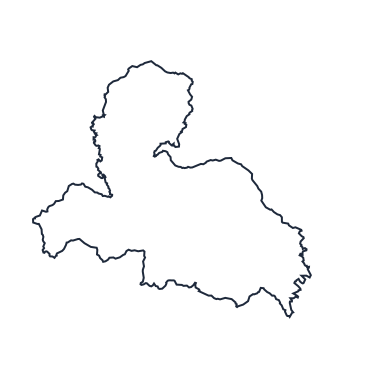 outline of Rosário do Sul, Rio Grande do Sul, Brazil, rotated 200°
{"feature_id": "56859067B54668375607897", "entity_name": "Rosário do Sul", "entity_type": "district", "adm_level": 2, "iso_a3": "BRA", "parent_name": "Brazil", "parent_adm1": "Rio Grande do Sul", "projection": "mercator", "projection_center": [-55.098, -30.378], "detail": "fine", "context": "isolated", "style": "outline", "palette": "slate", "viewbox_px": 384, "rotation_deg": 200, "n_neighbors": 0, "source": "geoboundaries", "source_scale": "gbopen_adm2", "svg_char_len": 6013}
<svg xmlns="http://www.w3.org/2000/svg" viewBox="0 0 384 384"><g transform="rotate(200 192 192)"><path d="M56.0,144.7L55.7,148.6L60.4,150.8L55.9,152.5L52.2,151.9L51.9,154.5L56.9,159.1L57.0,160.2L56.3,160.8L56.5,161.7L58.2,160.8L58.9,161.9L60.1,161.5L61.4,162.2L62.1,163.2L64.4,164.5L63.6,165.8L65.0,168.3L67.0,169.2L69.2,169.3L69.0,171.0L66.7,171.0L67.5,172.9L67.3,174.3L64.6,176.3L64.8,177.4L66.7,177.9L68.4,176.4L69.3,177.9L71.1,178.5L70.9,179.6L72.7,180.4L73.0,182.7L71.2,186.8L71.8,187.7L73.8,188.0L77.4,189.7L77.3,191.8L75.8,193.1L76.4,193.8L82.7,194.2L84.9,192.7L89.5,193.8L90.8,195.2L96.3,194.2L97.3,194.7L98.9,199.0L101.3,200.4L104.1,200.2L108.2,201.2L111.3,202.8L112.4,202.1L117.4,202.9L123.9,207.6L123.9,210.2L125.1,213.1L127.1,216.0L130.8,217.9L132.7,219.9L139.2,223.8L140.3,225.0L141.7,229.5L146.4,231.6L153.7,233.5L155.3,234.8L158.6,234.5L164.8,235.6L166.7,237.4L172.2,235.1L175.7,231.3L177.2,230.5L180.7,230.5L183.3,228.7L185.4,228.4L188.7,225.5L189.0,224.3L190.8,222.0L193.3,221.4L200.1,215.2L201.8,214.4L204.3,214.3L205.1,213.1L207.2,211.9L208.6,211.8L209.4,211.2L211.2,211.7L213.2,211.1L216.8,211.2L222.8,214.6L224.1,217.5L227.3,219.2L228.8,221.0L230.7,221.3L233.4,220.8L233.6,219.6L236.2,217.5L237.2,215.1L238.0,214.5L238.1,213.5L239.1,212.5L240.2,212.7L240.1,214.8L241.0,216.0L241.1,217.6L240.1,218.5L239.3,221.9L237.9,224.3L237.6,225.6L238.1,226.6L233.3,228.7L233.7,229.8L231.6,231.4L230.9,231.3L230.3,230.2L227.0,228.8L226.2,229.0L226.6,229.7L225.8,231.1L225.5,230.1L223.0,228.6L219.8,230.2L220.4,232.5L224.1,236.9L223.7,242.2L222.1,244.7L222.9,245.1L222.2,245.9L222.4,248.0L219.9,250.9L220.3,253.2L221.9,253.5L221.7,254.5L223.7,254.4L223.1,256.0L223.5,257.6L222.9,261.5L221.0,264.2L221.5,264.8L221.3,265.8L219.5,268.2L220.0,269.2L219.8,270.3L222.2,273.0L224.2,273.1L225.5,274.3L226.1,275.6L224.3,278.6L224.5,281.5L227.2,283.1L230.6,286.2L229.8,287.0L229.7,288.3L230.1,289.1L229.6,292.9L228.6,293.6L229.0,295.8L230.3,296.5L230.8,297.9L233.3,298.1L234.4,298.8L241.2,300.5L241.7,299.7L243.5,299.5L245.2,297.8L248.5,298.5L249.0,297.5L250.6,297.7L252.7,296.5L256.1,295.9L258.6,296.2L263.3,298.2L267.9,299.2L268.9,298.9L275.0,301.0L280.6,297.0L281.9,295.1L283.8,293.9L286.3,290.5L291.2,289.9L293.7,286.3L293.9,285.3L292.9,284.2L294.1,278.2L295.5,276.6L298.3,274.9L299.9,271.8L303.8,269.0L306.7,264.4L306.9,261.1L305.0,257.4L306.6,254.1L307.5,253.9L307.3,252.9L306.5,252.3L306.6,251.2L304.7,249.7L303.6,247.2L303.7,238.1L301.3,234.4L300.3,234.5L300.8,233.5L300.5,232.6L301.6,232.7L304.1,230.3L307.9,229.4L309.6,230.1L309.8,229.2L307.8,227.7L309.7,223.0L309.2,222.4L308.3,222.8L307.5,222.1L307.9,220.9L307.7,219.5L308.5,219.5L309.4,218.1L308.0,216.3L307.1,215.9L304.6,216.4L304.8,215.1L303.8,214.2L302.2,214.4L302.7,213.4L300.9,212.9L301.6,212.1L301.4,211.1L302.0,210.0L303.2,209.8L302.4,207.5L301.1,207.9L300.5,207.3L300.2,206.2L301.2,205.4L301.0,204.6L298.4,202.8L297.1,202.8L296.0,203.7L294.6,203.5L294.6,201.3L293.7,201.4L293.2,200.6L292.3,195.5L290.6,195.6L290.4,194.0L288.2,193.8L287.6,190.8L288.6,189.4L291.0,190.7L291.8,189.7L290.9,189.0L291.6,185.9L290.5,183.1L289.4,183.0L288.0,181.9L287.9,180.6L284.3,179.3L284.0,178.4L285.2,178.2L286.1,176.3L285.7,175.1L282.0,174.1L280.9,174.5L280.3,176.1L281.8,176.8L282.1,177.7L281.1,178.1L279.1,177.1L278.3,176.2L278.8,175.2L276.4,171.4L274.7,171.1L274.6,169.8L272.5,168.6L272.0,167.2L271.0,166.9L269.4,165.1L269.7,163.9L268.8,163.3L268.3,161.9L266.1,162.1L265.8,161.1L266.9,159.1L268.8,159.4L269.3,158.7L272.6,158.6L274.5,157.7L276.1,159.0L279.4,158.6L280.6,159.1L283.3,158.4L286.6,159.9L291.4,160.8L294.1,160.5L296.8,162.6L298.3,162.4L298.9,161.0L301.4,159.7L304.4,158.9L306.3,159.3L307.4,158.6L309.8,155.5L309.5,150.1L311.0,147.9L311.8,144.8L310.7,140.8L314.1,138.0L316.9,136.8L317.5,133.8L318.6,132.0L321.2,129.9L321.9,128.5L322.1,126.2L321.2,124.3L322.4,123.5L326.6,123.3L326.9,117.9L330.0,115.4L330.9,114.3L330.5,113.5L331.6,113.0L332.1,112.1L330.8,109.0L326.3,109.1L325.0,109.6L320.6,105.5L318.7,101.2L317.7,100.8L316.3,99.0L315.9,96.0L314.8,94.7L312.9,93.6L313.1,89.9L311.8,88.7L312.5,86.4L310.9,84.3L309.9,84.4L309.6,85.7L308.6,86.4L307.6,86.4L304.7,85.1L304.2,83.6L303.3,83.0L300.9,83.7L298.7,83.1L298.0,85.6L297.4,86.0L298.0,87.0L297.9,88.1L293.8,92.3L292.8,94.7L292.3,99.2L292.5,101.6L291.6,102.0L289.1,105.2L287.2,105.7L283.1,108.8L281.7,109.4L275.5,107.1L268.3,105.8L262.5,107.0L261.2,105.3L259.9,100.8L257.5,100.4L255.6,98.4L252.8,97.3L251.6,96.0L249.6,97.3L247.8,99.6L247.1,102.0L243.4,103.6L241.1,103.2L237.5,105.9L235.1,109.4L233.8,110.5L233.4,114.1L231.8,116.1L228.7,116.0L226.0,117.6L222.3,117.9L217.9,120.4L216.3,119.8L215.1,115.6L213.7,114.4L214.2,110.0L211.7,105.7L211.6,102.1L211.0,100.3L208.0,94.9L207.5,90.9L209.0,89.0L208.8,87.7L207.7,87.4L205.8,88.7L204.4,90.5L203.3,90.8L199.8,89.3L198.0,89.4L196.9,90.8L196.4,93.0L193.9,91.2L192.0,91.5L190.5,89.9L189.3,89.8L186.9,91.0L184.9,94.9L184.7,97.2L185.3,97.9L184.5,100.3L183.5,101.1L178.8,102.7L178.0,102.6L174.8,99.7L169.8,101.2L167.9,100.9L164.8,102.3L162.1,101.3L160.3,102.4L158.9,104.8L158.1,107.8L157.2,107.8L157.2,105.9L155.9,103.5L152.1,102.9L151.3,102.2L151.7,101.2L141.0,100.3L138.3,101.3L134.9,99.8L132.5,99.7L131.3,100.5L128.9,100.7L124.5,103.9L118.1,104.9L113.3,103.1L112.9,102.1L111.6,101.8L111.3,99.6L110.3,99.3L109.7,100.3L105.4,103.7L102.0,108.6L102.2,113.5L99.7,116.9L98.7,117.0L96.1,119.1L95.7,120.4L94.8,121.1L94.6,125.4L91.8,126.1L90.9,125.2L87.1,123.7L84.4,123.4L81.2,122.0L79.7,122.7L78.3,122.3L76.3,120.1L73.4,120.1L71.4,118.2L71.3,117.3L69.0,116.2L66.1,113.0L63.8,112.9L63.7,111.4L60.9,108.6L60.0,108.1L58.4,108.7L57.5,108.0L56.6,112.9L55.8,113.5L58.4,115.2L62.2,121.2L62.5,122.5L60.7,123.3L61.0,124.3L63.2,125.8L60.2,126.9L58.6,129.2L56.5,129.0L56.5,129.9L57.4,130.4L62.1,131.3L58.1,135.1L58.3,136.1L56.5,137.2L57.1,138.2L59.9,139.8L64.7,141.5L64.6,143.1L63.8,143.6L63.7,144.7L62.1,146.8L60.0,144.9L57.9,144.1L56.6,144.0L56.0,144.7ZM301.3,234.4L302.1,233.7L301.6,232.7L300.8,233.5L301.3,234.4Z" fill="none" stroke="#1e293b" stroke-width="2"/></g></svg>